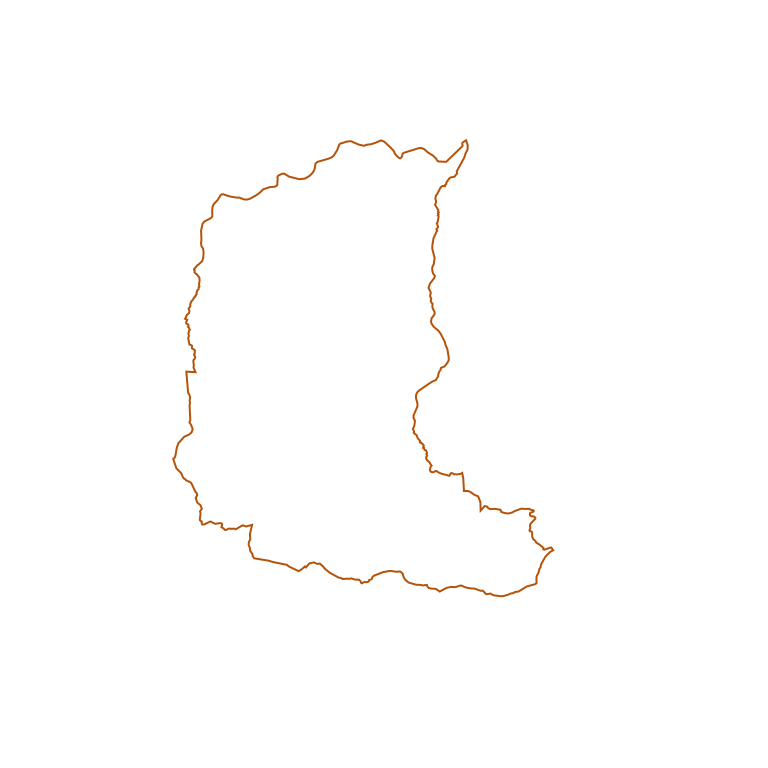 outline of Belén, Boyacá, Colombia, rotated 46°
{"feature_id": "7082276B18043076208470", "entity_name": "Belén", "entity_type": "district", "adm_level": 2, "iso_a3": "COL", "parent_name": "Colombia", "parent_adm1": "Boyacá", "projection": "mercator", "projection_center": [-72.876, 6.017], "detail": "fine", "context": "isolated", "style": "outline", "palette": "amber", "viewbox_px": 768, "rotation_deg": 46, "n_neighbors": 0, "source": "geoboundaries", "source_scale": "gbopen_adm2", "svg_char_len": 6153}
<svg xmlns="http://www.w3.org/2000/svg" viewBox="0 0 768 768"><g transform="rotate(46 384 384)"><path d="M574.8,366.1L571.9,369.3L569.1,371.7L566.1,378.5L565.6,380.8L563.5,384.6L560.4,387.0L557.7,388.4L557.2,388.5L555.5,387.5L550.9,390.9L547.6,394.7L545.1,395.3L544.0,394.9L541.8,396.3L542.2,402.4L535.9,396.7L531.5,394.8L529.8,394.4L527.1,395.8L521.7,396.9L519.3,397.9L516.5,400.8L507.0,392.6L502.3,389.5L501.9,391.2L499.7,394.4L497.8,396.1L495.0,397.2L494.7,398.0L495.4,400.8L487.8,405.3L484.9,406.4L483.3,406.6L482.4,407.3L481.8,409.9L479.9,411.2L478.2,411.0L477.4,410.4L476.0,408.1L475.8,406.4L473.5,406.2L472.0,405.6L469.0,406.0L467.1,405.5L465.9,404.4L465.5,402.7L463.9,402.3L463.6,401.1L462.0,400.2L461.1,399.9L459.4,400.6L457.8,399.6L457.0,400.2L455.9,398.1L453.8,397.9L452.7,398.3L452.2,397.9L450.9,398.7L450.0,397.6L446.2,397.3L443.5,396.1L439.9,396.6L438.9,395.2L436.5,394.6L434.9,390.9L432.0,387.3L428.9,386.3L427.2,384.7L423.4,375.6L421.3,373.5L416.4,370.8L414.2,368.6L413.1,366.1L413.0,363.6L414.8,352.7L415.9,347.2L417.2,344.1L416.0,339.5L415.4,339.1L414.4,337.5L413.5,335.7L413.3,333.8L412.0,331.9L413.4,328.2L412.8,323.7L411.9,321.1L410.0,319.1L403.1,314.3L398.5,312.5L395.4,310.8L386.7,308.2L383.1,307.9L377.1,308.5L373.8,307.9L371.8,306.9L369.8,304.2L369.1,299.6L368.1,298.2L367.2,297.5L364.3,296.7L362.3,295.8L359.9,293.3L358.4,293.3L356.6,292.6L355.5,290.8L352.7,289.7L350.7,286.8L345.8,285.2L343.7,281.2L342.7,274.3L341.9,272.7L341.3,272.2L339.4,272.1L337.1,271.2L334.5,269.3L333.4,267.8L332.1,264.6L328.5,260.0L320.5,255.5L318.1,253.2L313.6,247.2L310.9,240.4L310.8,239.3L309.1,238.8L308.8,236.6L308.2,235.7L305.2,234.5L304.7,232.8L301.5,228.4L300.2,228.2L300.2,227.2L299.1,227.0L298.6,225.4L297.7,225.6L296.8,224.2L290.6,222.8L289.2,219.9L286.3,218.3L284.5,215.7L284.4,214.1L281.9,206.6L282.1,204.6L284.1,202.6L283.3,201.8L283.3,200.1L282.4,199.2L281.5,194.5L281.6,192.8L283.9,189.3L283.4,187.3L283.5,185.9L283.3,185.2L281.6,184.0L276.8,168.8L275.0,165.6L273.3,160.9L270.2,157.8L265.7,155.7L264.9,159.9L265.7,161.0L266.9,161.6L267.4,162.6L267.4,184.9L261.6,190.4L259.2,190.4L258.0,189.9L253.6,190.1L248.0,191.6L243.2,191.9L240.0,193.3L238.6,195.0L231.3,209.5L231.3,210.7L232.7,212.7L233.1,214.2L232.9,215.7L230.8,216.3L227.5,216.3L225.4,216.1L223.7,215.2L219.4,215.0L209.8,215.5L206.7,216.9L204.4,222.9L202.6,226.6L199.6,230.7L198.8,232.9L194.2,235.9L186.3,239.2L183.9,242.2L180.6,248.7L180.8,250.2L183.2,255.0L184.8,261.5L184.7,264.0L183.4,267.4L178.0,277.5L177.8,280.1L181.1,284.5L181.9,286.3L182.5,288.9L182.6,292.7L181.4,298.1L177.7,302.8L168.7,308.3L163.4,309.6L161.9,311.4L160.6,315.4L161.3,317.1L162.6,318.0L166.7,322.6L166.8,323.6L166.2,325.6L163.1,329.3L160.0,335.6L160.1,340.2L159.6,344.3L157.6,351.8L156.3,354.3L154.1,356.4L149.3,358.7L147.7,360.4L141.9,364.7L136.3,367.6L134.7,369.2L134.7,370.5L136.1,376.0L136.3,381.6L137.4,384.1L139.6,386.8L144.1,391.0L144.3,391.7L144.4,393.4L142.3,400.4L142.8,403.4L146.6,409.0L153.7,415.4L155.5,417.7L158.1,419.6L160.7,420.0L162.0,420.8L164.1,422.5L167.4,426.1L169.3,429.3L169.2,434.7L168.9,435.7L169.4,440.9L169.9,441.3L170.8,441.2L172.0,442.7L172.6,442.8L175.2,442.5L179.2,442.9L181.7,445.0L183.8,447.9L185.5,448.9L185.8,449.5L185.6,450.0L187.0,451.6L186.8,453.0L187.6,454.1L187.6,454.9L189.2,456.4L189.1,456.9L189.8,457.7L189.6,458.6L190.1,459.7L189.8,460.5L190.7,463.1L190.7,465.1L192.0,468.0L193.6,469.4L194.0,472.1L194.6,472.2L196.6,473.5L197.5,475.0L197.4,477.9L198.4,480.0L198.8,481.8L201.1,481.0L202.2,483.5L202.9,484.1L203.5,484.2L204.9,483.5L205.7,483.6L206.5,484.4L206.6,485.2L208.4,485.3L210.1,486.0L210.2,487.4L211.4,488.7L211.5,489.4L213.9,490.9L214.9,492.9L220.3,496.5L222.5,495.6L223.2,495.6L224.9,497.4L227.3,496.7L228.5,496.7L229.5,498.1L230.8,499.0L230.8,500.2L233.7,501.2L234.4,502.8L234.5,504.5L235.2,505.4L238.2,507.6L239.8,509.5L244.5,511.4L237.8,517.6L254.4,531.1L255.6,531.1L258.9,532.7L260.9,535.3L262.6,536.4L264.3,538.7L275.3,548.3L276.5,550.7L279.2,551.1L283.5,552.9L285.1,555.9L285.0,559.1L283.2,564.3L283.7,572.8L286.0,577.5L290.4,583.4L291.5,585.5L291.5,587.7L300.4,591.9L307.1,591.8L311.1,593.3L312.9,593.6L314.8,593.1L315.8,593.3L320.2,591.5L321.8,591.6L330.2,594.4L332.5,594.6L334.3,595.7L335.1,598.5L338.6,600.3L339.7,600.7L343.9,600.2L347.3,601.8L347.8,604.8L349.6,605.8L353.6,610.7L354.3,611.1L356.3,610.6L357.5,611.9L359.0,612.3L360.3,610.6L361.9,605.3L362.6,604.2L367.3,602.6L369.9,598.9L371.4,597.7L372.0,597.7L373.0,598.4L374.0,600.4L376.2,599.8L378.5,599.8L379.0,599.4L380.4,595.8L382.3,594.3L383.9,592.3L385.5,591.6L387.4,583.9L390.8,582.1L393.7,576.7L398.8,584.7L402.8,588.0L403.8,590.9L405.6,593.0L408.7,594.4L410.7,596.0L415.3,596.9L416.4,597.9L419.2,598.5L430.3,590.2L435.9,586.9L446.9,579.3L448.2,579.4L450.3,578.8L459.3,575.4L460.1,572.3L460.3,567.6L461.7,567.6L461.2,562.4L463.6,558.4L466.9,557.1L468.6,554.9L473.3,554.6L476.0,554.9L482.3,554.1L491.5,551.2L493.7,549.7L495.6,549.2L498.6,545.5L499.5,545.0L501.2,542.5L504.3,540.9L507.5,537.9L509.6,537.9L511.3,538.6L512.1,538.3L512.6,535.8L514.6,534.1L515.3,532.5L515.4,531.9L514.7,530.8L515.7,529.0L515.7,528.1L514.9,526.6L514.9,524.5L518.6,515.5L522.7,509.4L527.7,505.5L529.7,503.0L530.5,502.5L533.5,502.3L536.3,503.9L539.7,504.7L544.0,504.2L551.0,500.1L554.0,497.1L555.9,496.0L558.3,492.7L560.4,493.6L562.0,493.5L564.0,492.1L567.3,489.1L572.0,488.1L574.1,480.6L576.6,476.6L579.6,473.9L582.0,469.2L582.7,468.4L587.3,466.5L591.4,463.5L594.1,461.0L599.8,458.2L601.4,456.4L605.7,456.6L606.7,456.0L608.8,452.9L610.8,452.5L612.7,451.5L618.1,447.1L619.4,445.6L621.7,441.3L622.6,438.6L624.1,436.5L624.6,434.4L626.8,431.2L628.9,421.7L632.8,414.8L633.3,412.8L628.5,408.1L626.9,403.6L624.9,400.5L624.7,398.9L622.8,396.1L620.3,387.8L620.2,381.2L621.1,377.8L618.0,377.3L617.5,377.5L614.7,383.5L613.6,384.3L612.7,383.2L608.2,383.6L603.6,384.7L602.4,384.1L599.0,384.4L596.5,383.3L594.3,381.1L592.9,380.4L592.1,380.5L591.3,381.3L590.5,381.1L589.9,380.4L589.4,378.9L587.1,377.3L586.3,375.5L586.0,368.7L585.2,368.0L583.4,368.2L581.2,370.1L580.1,370.2L578.9,369.5L578.3,368.3L579.6,365.4L579.4,364.4L578.4,364.4L576.0,366.0L574.8,366.1Z" fill="none" stroke="#b45309" stroke-width="2"/></g></svg>